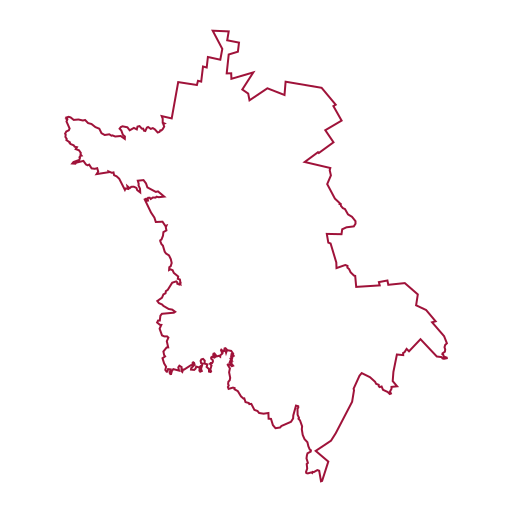 Carichí, Chihuahua, Mexico (Robinson projection)
{"feature_id": "50627088B74180919977199", "entity_name": "Carichí", "entity_type": "district", "adm_level": 2, "iso_a3": "MEX", "parent_name": "Mexico", "parent_adm1": "Chihuahua", "projection": "robinson", "projection_center": [-107.184, 27.8], "detail": "fine", "context": "isolated", "style": "outline", "palette": "rose", "viewbox_px": 512, "rotation_deg": 0, "n_neighbors": 0, "source": "geoboundaries", "source_scale": "gbopen_adm2", "svg_char_len": 6051}
<svg xmlns="http://www.w3.org/2000/svg" viewBox="0 0 512 512"><path d="M164.1,363.4L166.1,366.7L165.3,369.9L166.6,371.7L167.4,371.6L168.1,369.1L170.6,369.4L169.7,372.9L170.4,374.1L171.1,374.0L171.8,371.2L173.3,369.1L179.0,370.6L178.3,367.3L179.4,365.7L181.6,367.1L181.4,371.0L182.3,371.9L183.1,369.5L184.1,369.6L190.9,365.2L193.1,364.8L192.5,363.1L193.2,362.3L194.1,362.9L194.6,364.8L191.2,368.1L191.0,369.6L194.2,369.9L195.6,368.6L196.2,366.6L199.0,367.4L199.9,366.7L199.4,370.7L200.2,371.7L201.8,371.0L201.0,369.0L202.6,363.6L201.1,363.1L200.6,360.9L201.4,359.4L203.1,358.9L204.7,360.6L204.6,363.6L207.4,364.4L206.6,366.9L209.0,369.1L209.0,371.6L210.6,372.0L211.1,371.3L210.3,369.6L211.5,365.5L210.0,363.8L210.8,363.0L212.1,363.1L212.9,361.7L212.8,360.2L211.2,358.7L211.2,357.4L212.0,356.8L214.5,357.6L215.4,356.8L213.2,355.0L213.5,353.7L214.4,353.4L216.8,356.4L218.9,355.8L220.2,356.7L220.3,355.3L222.4,353.5L221.0,350.2L221.3,349.7L223.4,351.5L224.0,351.1L224.6,348.4L225.5,348.2L226.8,349.6L225.8,351.5L226.1,352.7L226.7,350.9L227.8,350.3L231.2,350.9L232.9,353.3L231.6,353.9L231.3,355.7L233.2,354.9L233.7,355.8L231.2,356.9L231.3,357.6L232.3,357.7L232.0,358.9L230.8,358.9L231.9,360.7L230.4,360.7L229.7,362.4L230.6,363.0L231.9,361.6L231.2,363.3L233.1,365.7L231.8,366.2L230.4,364.9L228.2,364.3L227.7,364.8L229.9,368.4L229.1,372.3L230.2,377.9L229.7,380.3L228.4,381.7L228.1,384.0L228.7,385.4L227.9,387.0L228.6,388.9L233.0,387.6L234.6,388.1L234.5,389.3L237.8,391.1L241.0,396.4L243.5,398.6L244.3,398.4L245.5,402.1L248.8,403.0L249.3,404.1L251.3,403.9L254.4,409.9L257.5,411.0L259.1,413.0L263.6,413.7L268.4,413.0L268.6,418.7L271.0,418.9L272.9,425.1L275.5,428.2L280.1,427.5L281.4,426.0L291.0,421.8L293.1,418.5L293.3,415.3L296.0,405.6L298.2,406.2L298.3,407.6L297.5,408.6L297.6,414.8L299.0,417.9L298.5,418.8L300.0,420.4L302.1,426.3L301.8,429.3L302.7,434.9L304.5,439.1L307.4,442.2L308.4,446.4L309.8,449.6L310.9,450.3L310.7,451.6L307.5,453.3L306.9,455.4L306.5,458.4L307.9,462.9L306.7,464.0L307.2,468.5L306.0,472.0L306.4,473.1L307.8,473.4L311.3,472.4L312.2,473.0L312.7,471.9L313.8,472.1L317.3,470.1L319.2,470.8L321.0,481.3L322.1,480.9L328.3,461.6L315.7,450.9L331.0,440.7L335.7,433.3L352.1,401.8L354.0,390.3L353.6,388.7L359.5,375.7L361.7,373.1L370.0,377.2L375.1,381.8L376.1,383.8L378.7,384.8L378.8,386.3L379.6,387.1L381.6,386.5L383.0,389.8L387.7,392.0L389.7,394.0L390.9,393.5L390.0,391.5L391.5,388.8L391.5,386.9L397.1,386.3L392.7,381.1L393.4,371.9L396.9,354.5L403.2,355.1L403.1,353.0L404.5,352.2L406.6,348.9L409.0,351.3L420.5,339.2L436.8,356.5L441.6,357.1L442.5,358.4L443.2,358.1L443.9,358.8L446.8,358.2L446.7,357.6L443.9,356.6L443.2,354.7L442.4,354.3L442.5,353.4L444.9,351.7L445.2,349.4L444.5,347.2L445.2,344.9L446.9,343.3L444.1,336.2L432.1,322.3L435.6,321.3L426.1,310.0L416.1,305.3L417.8,294.4L404.8,283.1L388.3,284.8L387.4,280.5L378.9,282.1L379.7,285.4L356.2,286.9L355.2,275.9L354.0,275.6L350.6,272.3L349.1,269.1L347.4,267.6L347.5,265.9L345.2,265.0L336.5,268.1L336.3,262.5L330.6,243.5L328.3,242.6L326.8,233.9L341.5,234.2L342.2,229.3L346.5,227.3L353.8,226.4L355.5,223.7L355.5,221.2L352.0,216.8L348.0,214.4L345.0,209.1L342.8,208.1L340.9,205.8L340.7,204.0L339.6,204.0L339.7,203.1L334.9,198.6L327.2,184.1L330.9,175.4L329.7,170.2L330.3,168.0L304.7,162.0L318.0,152.2L318.8,153.0L333.5,142.3L325.3,130.2L341.6,120.6L333.4,106.1L335.7,104.7L321.6,87.8L285.6,81.7L284.5,95.0L267.4,88.3L249.5,100.3L248.2,93.6L242.3,89.5L253.3,72.4L231.4,78.8L231.2,73.3L226.7,73.4L228.7,54.5L237.9,51.7L239.0,42.6L227.2,40.3L228.7,31.4L212.7,30.7L222.3,48.9L220.3,59.7L207.9,57.0L206.7,67.5L203.0,66.5L201.2,81.6L198.0,80.8L196.9,85.0L178.2,82.1L171.7,118.4L161.7,116.1L162.7,118.7L162.7,122.7L164.5,123.5L163.3,124.1L164.2,126.6L162.6,129.3L161.3,130.5L160.4,130.3L159.5,131.9L157.7,132.5L154.8,129.3L152.8,128.1L150.8,128.9L148.1,127.0L146.9,127.6L145.3,131.0L144.0,130.7L143.2,128.7L141.9,128.7L139.5,126.1L137.5,126.6L136.8,129.4L133.9,127.9L129.7,130.3L127.4,127.3L122.5,126.3L120.8,127.1L119.6,128.7L121.3,130.5L122.9,134.8L124.9,136.5L124.8,138.9L120.7,136.0L115.2,136.5L112.5,135.4L111.5,135.7L109.3,134.3L104.7,135.0L101.5,133.2L99.3,128.7L95.4,127.1L91.5,124.0L88.1,123.1L85.1,120.0L82.9,120.5L78.5,119.5L73.7,119.9L70.6,117.4L68.6,116.8L66.4,117.5L67.0,118.3L66.3,118.8L67.3,119.5L66.5,121.5L69.6,128.5L68.8,130.3L66.3,131.5L65.1,133.7L65.7,134.7L65.4,136.9L66.7,138.9L66.4,140.1L69.8,142.3L69.5,142.8L70.5,144.0L73.7,145.3L74.6,146.7L76.9,147.2L75.7,149.1L79.0,150.3L80.8,152.9L80.5,154.3L81.5,155.6L80.4,155.8L79.5,157.2L80.0,157.8L79.3,159.9L73.5,162.0L72.3,163.5L75.4,163.7L76.1,162.7L83.4,160.9L86.0,164.5L87.7,165.3L89.2,164.6L91.6,168.4L94.8,168.8L97.2,168.2L98.2,171.6L96.6,174.1L108.7,172.2L108.5,171.4L111.9,172.8L113.5,172.4L114.1,175.2L116.6,176.3L119.2,178.7L124.9,189.9L125.6,188.5L127.9,188.9L127.4,186.2L129.7,188.2L131.3,186.8L133.8,186.7L136.4,187.9L137.2,190.1L140.2,192.4L140.0,188.7L138.5,185.4L138.7,183.9L137.8,180.7L143.5,180.1L146.0,183.4L147.4,187.4L155.8,191.9L158.0,191.4L164.2,196.6L158.8,197.2L156.5,196.7L155.6,197.6L152.9,197.5L150.7,199.0L149.7,197.7L148.1,197.8L147.6,198.6L148.0,200.6L147.0,200.8L145.9,198.8L144.7,199.4L151.0,212.5L154.4,217.6L155.8,222.0L162.5,221.7L165.4,226.0L166.5,225.6L165.8,227.3L166.4,230.4L163.4,232.1L163.0,235.7L161.5,239.5L160.2,240.4L160.3,241.3L161.5,244.2L162.9,245.6L164.7,251.7L166.0,253.5L169.0,255.4L170.8,259.1L171.7,263.0L170.7,266.2L169.3,267.2L169.1,270.0L170.4,269.3L172.6,270.2L173.8,272.9L178.2,276.5L177.8,278.8L179.9,279.5L180.4,282.5L181.2,282.3L180.2,283.2L180.4,284.3L179.5,283.8L179.2,284.5L177.3,283.7L177.3,282.4L176.2,281.4L172.2,282.7L167.7,289.9L165.9,291.1L165.5,293.3L163.4,294.4L162.0,297.7L157.3,301.0L158.9,303.1L162.1,304.5L163.4,305.9L168.7,309.0L172.2,309.6L175.2,311.8L173.9,312.7L161.9,313.8L160.4,315.7L159.8,320.5L158.1,320.5L157.1,322.5L159.9,324.8L161.3,324.9L159.6,328.7L162.0,335.4L164.3,336.4L167.1,336.4L168.4,337.6L166.8,341.2L168.2,347.4L166.6,347.5L163.4,351.5L164.1,355.0L165.1,356.4L162.5,358.2L164.1,363.4Z" fill="none" stroke="#9f1239" stroke-width="2"/></svg>